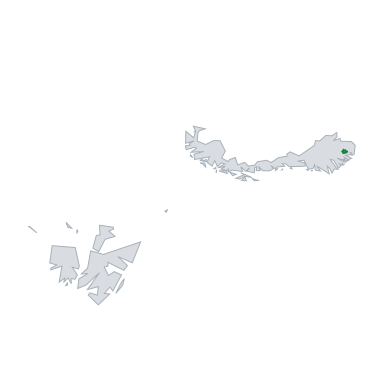 Bykle nor, Aust-Agder, Norway (highlighted), rotated 235°
{"feature_id": "86288312B46813879091591", "entity_name": "Bykle nor", "entity_type": "district", "adm_level": 2, "iso_a3": "NOR", "parent_name": "Norway", "parent_adm1": "Aust-Agder", "projection": "mercator", "projection_center": [7.279, 59.427], "detail": "fine", "context": "in_parent", "style": "filled", "palette": "green", "viewbox_px": 384, "rotation_deg": 235, "n_neighbors": 0, "source": "geoboundaries", "source_scale": "gbopen_adm2", "svg_char_len": 4663}
<svg xmlns="http://www.w3.org/2000/svg" viewBox="0 0 384 384"><g transform="rotate(235 192 192)"><path d="M202.8,235.8L196.1,239.1L197.1,241.2L195.4,247.3L187.9,244.9L186.1,252.1L181.0,253.0L178.0,258.6L179.3,262.9L175.1,271.5L170.8,273.5L170.5,282.6L166.8,290.3L168.7,291.5L168.6,295.4L160.1,300.5L160.0,319.1L163.3,322.6L160.6,325.9L161.5,334.1L157.8,338.8L157.7,344.7L154.0,342.4L152.9,337.2L151.0,343.9L148.2,343.0L141.9,351.5L136.6,352.5L129.9,346.4L130.3,343.9L132.5,345.2L133.7,344.0L131.6,343.2L133.9,339.0L128.1,342.0L128.9,338.3L133.1,336.7L130.9,336.3L132.7,333.0L136.6,330.4L132.8,331.9L128.2,338.3L128.5,334.3L130.7,334.0L128.2,331.0L130.5,328.8L128.1,329.3L127.6,325.5L136.8,326.3L139.4,323.9L128.0,324.1L129.1,321.3L127.2,317.5L132.2,318.4L135.4,317.6L128.2,314.8L141.6,309.2L135.4,309.3L139.2,305.6L144.0,308.1L141.9,304.9L143.8,300.5L153.7,301.9L156.8,296.4L150.5,301.4L148.3,299.4L157.0,286.1L161.6,284.8L163.4,282.2L159.9,282.8L164.0,275.4L162.8,273.8L168.5,271.6L164.4,272.3L164.8,267.7L168.8,262.2L174.8,261.2L170.4,260.4L172.7,256.8L175.6,259.5L176.0,257.4L172.0,254.0L177.5,248.9L178.8,253.1L178.3,247.8L184.5,246.5L179.8,245.2L187.0,237.3L187.7,233.3L190.4,235.3L189.3,233.0L194.1,228.9L193.9,233.9L197.0,227.1L196.0,235.0L198.9,232.7L198.4,227.5L204.5,228.6L201.7,223.3L207.7,221.4L210.8,226.6L217.2,212.7L221.8,215.3L218.4,224.9L225.1,214.0L225.4,220.9L227.3,219.5L230.0,211.5L233.6,213.1L231.4,217.2L233.1,217.4L232.7,223.1L235.6,214.7L245.3,221.8L235.4,224.4L239.5,229.7L245.1,230.9L236.2,239.0L237.9,233.3L237.0,230.7L230.7,225.5L223.1,230.4L221.6,239.4L218.0,244.4L206.5,242.8L202.8,235.8ZM178.5,43.0L185.7,49.5L185.0,59.9L188.3,54.4L189.6,62.9L201.9,75.3L191.7,83.5L180.6,121.3L168.3,102.5L181.6,94.2L168.8,96.9L166.9,91.3L182.7,82.7L179.5,80.7L181.0,77.1L171.5,75.7L171.3,82.7L164.5,86.7L156.4,70.4L161.1,70.3L159.2,62.1L155.7,66.1L153.3,50.5L167.0,47.9L168.0,50.4L161.8,55.3L168.2,61.0L172.1,50.3L179.0,69.8L176.6,51.8L178.5,43.0ZM194.4,31.5L205.9,43.0L209.2,31.6L210.6,32.9L209.7,39.4L215.5,34.8L228.2,46.7L213.5,64.5L196.1,57.3L194.1,54.8L199.1,50.8L189.8,50.5L187.7,46.1L190.4,43.3L186.1,40.5L192.6,41.2L191.8,35.5L194.4,38.3L194.4,31.5ZM202.9,78.6L211.2,88.7L209.7,92.1L217.8,97.2L208.3,107.3L206.6,106.5L207.7,101.5L199.8,103.5L203.1,93.6L196.6,81.3L202.9,78.6ZM176.3,244.8L179.9,242.9L169.5,249.4L174.8,244.1L175.1,238.8L178.0,235.8L176.3,244.8ZM182.0,234.7L186.8,234.3L181.1,238.4L182.0,234.7ZM186.8,231.6L193.8,226.1L190.1,231.9L186.8,231.6ZM152.7,71.5L158.5,82.3L159.8,86.8L155.3,81.6L152.7,71.5ZM173.1,239.3L173.9,244.1L170.0,242.9L173.1,239.3ZM211.2,215.3L208.4,219.1L204.6,217.5L209.0,216.8L211.2,215.3ZM211.6,218.1L210.4,222.4L208.8,221.2L211.6,218.1ZM165.2,249.7L168.9,248.7L164.9,251.7L165.2,249.7ZM257.0,39.1L247.6,41.5L257.4,38.5L257.0,39.1ZM234.2,70.0L239.5,71.4L231.3,72.7L234.2,70.0ZM219.7,212.3L222.5,211.3L223.4,212.2L219.7,212.3ZM213.5,216.9L212.9,219.3L212.2,217.3L213.5,216.9ZM198.5,223.3L198.5,225.6L197.4,224.8L198.5,223.3ZM191.9,158.8L191.5,161.6L190.1,159.3L191.9,158.8ZM227.3,76.3L224.9,75.8L224.6,74.3L227.3,76.3ZM154.8,286.1L155.6,287.6L153.6,287.2L154.8,286.1ZM193.7,222.8L195.2,223.7L196.0,225.0L193.7,222.8ZM187.8,34.8L188.9,37.8L187.2,36.7L187.8,34.8ZM144.7,299.4L142.5,299.6L144.8,298.7L144.7,299.4ZM141.5,301.8L140.6,303.0L140.3,302.4L141.5,301.8ZM164.3,252.2L163.0,253.8L164.4,251.1L164.3,252.2ZM127.8,331.5L127.5,333.3L127.4,331.0L127.8,331.5ZM161.9,274.1L161.4,272.8L162.1,272.9L161.9,274.1ZM240.2,227.6L239.8,229.4L239.7,229.1L240.2,227.6ZM162.5,275.3L161.2,275.6L162.8,275.0L162.5,275.3ZM158.7,278.2L158.8,279.4L158.2,279.0L158.7,278.2ZM127.2,324.0L126.6,325.1L126.8,324.2L127.2,324.0Z" fill="#d9dde1" stroke="#a8b0b8" stroke-width="1"/><path d="M139.1,338.8L139.0,338.7L138.9,338.6L138.8,338.4L138.7,338.3L138.7,338.2L138.4,338.2L138.5,338.2L138.4,338.3L138.2,338.3L138.1,338.2L137.9,338.2L137.7,338.1L137.2,338.1L137.1,338.3L137.0,338.5L136.9,338.6L136.8,338.8L136.7,338.7L136.6,338.9L136.6,339.0L136.5,339.3L136.4,339.4L136.5,339.5L136.7,339.8L136.6,340.0L136.4,340.1L136.2,340.2L136.1,340.3L136.3,340.4L136.3,340.5L136.2,340.5L136.0,340.8L135.9,341.1L135.8,341.6L135.9,341.8L135.9,342.3L136.0,342.4L136.3,342.4L136.5,342.4L136.6,342.2L136.8,342.1L137.1,341.8L137.2,341.7L137.3,341.6L137.4,341.4L137.5,341.4L137.6,341.5L137.8,341.5L138.0,341.5L138.0,341.4L138.3,341.4L138.3,341.5L138.5,341.5L138.5,341.4L138.6,341.2L138.6,340.9L138.8,340.9L138.8,340.7L139.0,340.6L139.1,340.4L139.2,340.2L139.3,340.2L139.2,340.1L139.3,340.1L139.5,339.9L139.3,339.8L139.3,339.6L139.2,339.6L139.0,339.4L138.9,339.0L139.1,338.8L139.1,338.8Z" fill="#22c55e" stroke="#15803d" stroke-width="1.5"/></g></svg>